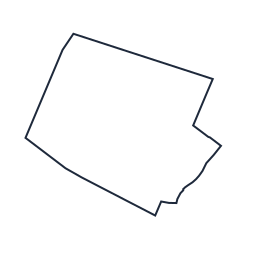 outline of Santa Inés Yatzeche, Oaxaca, Mexico, rotated 109°
{"feature_id": "50627088B94233573248712", "entity_name": "Santa Inés Yatzeche", "entity_type": "district", "adm_level": 2, "iso_a3": "MEX", "parent_name": "Mexico", "parent_adm1": "Oaxaca", "projection": "orthographic", "projection_center": [-96.757, 16.806], "detail": "fine", "context": "isolated", "style": "outline", "palette": "slate", "viewbox_px": 256, "rotation_deg": 109, "n_neighbors": 0, "source": "geoboundaries", "source_scale": "gbopen_adm2", "svg_char_len": 486}
<svg xmlns="http://www.w3.org/2000/svg" viewBox="0 0 256 256"><g transform="rotate(109 128 128)"><path d="M201.9,73.8L186.7,72.7L185.5,64.9L183.2,57.8L179.1,58.2L172.6,57.2L168.9,55.5L167.8,55.9L167.4,55.6L165.8,54.9L162.7,52.7L158.3,49.3L154.2,47.0L150.1,45.3L144.4,43.6L135.7,42.5L125.6,38.2L114.6,34.3L110.2,47.6L110.3,49.1L104.4,67.2L69.5,64.9L54.1,63.8L56.7,210.3L75.4,215.3L170.7,221.7L186.4,174.0L189.8,155.8L201.9,73.8Z" fill="none" stroke="#1e293b" stroke-width="2"/></g></svg>